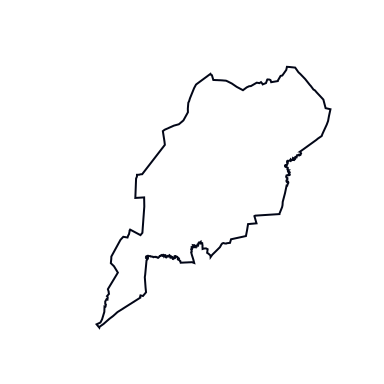 Maļinovas pag., Daugavpils, Latvia, rotated 317°
{"feature_id": "27541924B81356835284887", "entity_name": "Maļinovas pag.", "entity_type": "district", "adm_level": 2, "iso_a3": "LVA", "parent_name": "Latvia", "parent_adm1": "Daugavpils", "projection": "albers", "projection_center": [26.645, 55.995], "detail": "fine", "context": "isolated", "style": "outline", "palette": "ink", "viewbox_px": 384, "rotation_deg": 317, "n_neighbors": 0, "source": "geoboundaries", "source_scale": "gbopen_adm2", "svg_char_len": 5840}
<svg xmlns="http://www.w3.org/2000/svg" viewBox="0 0 384 384"><g transform="rotate(317 192 192)"><path d="M145.2,245.4L146.9,242.3L148.9,238.1L150.3,235.5L150.9,235.6L151.2,235.4L151.5,234.9L152.2,234.0L152.2,233.6L152.6,233.5L153.0,233.0L153.5,233.4L153.8,233.4L154.0,233.2L153.9,232.8L154.1,232.5L154.2,232.3L154.4,232.5L154.3,233.0L154.9,232.6L155.2,232.6L155.4,232.3L155.3,232.1L155.9,232.1L156.8,232.7L157.0,232.6L157.0,232.2L157.4,232.7L157.5,232.7L157.6,233.4L157.1,233.6L156.9,233.4L156.5,233.6L156.4,233.8L156.2,233.5L156.0,233.9L156.1,234.0L156.6,234.0L156.6,234.3L156.8,234.5L157.1,235.1L157.5,234.9L157.8,234.3L158.0,234.6L158.2,234.2L159.2,234.6L159.2,234.9L159.8,235.4L160.0,235.2L160.0,234.8L159.8,234.9L159.7,234.6L160.1,234.3L160.4,234.6L160.7,234.6L160.9,234.7L161.6,233.9L162.0,234.0L162.5,233.8L162.6,234.2L162.8,234.3L163.7,234.2L164.4,234.3L163.4,235.5L164.4,235.8L164.5,236.0L164.6,236.4L163.7,237.4L163.5,238.0L162.3,239.2L160.9,240.9L162.2,241.5L163.8,242.8L164.4,244.5L161.6,246.8L162.0,248.5L162.2,251.1L161.2,252.3L164.1,251.7L168.6,251.6L174.8,251.4L177.8,250.4L179.2,250.3L180.2,250.8L180.9,252.0L181.8,253.0L182.5,253.2L185.1,255.1L188.3,253.2L201.4,261.0L206.2,257.5L211.1,253.7L217.8,258.9L221.2,252.2L222.1,252.4L240.9,267.8L241.2,267.5L247.6,264.5L249.3,263.3L251.6,261.1L259.2,256.3L265.3,252.0L265.4,252.3L265.5,252.4L265.8,252.4L266.9,251.7L268.7,251.0L269.0,250.6L269.3,250.0L268.9,249.7L268.4,249.8L268.2,249.6L268.2,249.3L268.3,248.8L268.8,248.1L269.2,247.9L270.2,247.9L270.4,247.8L271.3,246.9L271.2,246.6L270.9,246.2L271.2,245.1L271.7,244.9L272.3,244.4L272.6,244.6L272.8,244.5L273.3,244.8L273.5,245.2L273.7,245.4L273.9,245.5L274.1,245.1L274.3,245.1L274.8,245.3L274.8,245.9L274.9,246.1L275.3,246.1L275.7,245.3L275.7,245.0L275.6,244.5L275.8,244.0L276.9,244.1L276.9,243.8L276.8,243.6L276.4,243.5L276.1,243.2L276.1,242.8L276.4,242.1L276.7,241.9L277.0,242.0L277.6,242.0L277.2,241.5L277.4,240.9L277.2,240.6L277.3,240.4L277.7,240.4L278.5,239.8L278.6,239.5L278.4,238.9L277.8,238.0L277.5,237.2L277.6,236.6L278.0,236.1L278.7,236.0L278.9,236.3L279.3,237.1L279.6,237.1L279.8,236.7L280.0,236.6L281.3,236.5L281.8,236.1L281.8,235.9L281.6,235.4L282.1,234.7L282.7,234.3L282.9,234.3L282.9,234.5L282.7,234.9L282.7,235.3L284.1,235.2L285.0,235.5L285.3,236.6L285.7,236.5L286.2,235.5L286.5,235.4L286.5,235.6L286.5,236.3L286.6,236.8L287.2,237.0L287.9,237.7L288.0,237.8L288.2,237.2L288.8,236.2L289.1,236.0L289.3,236.5L288.8,238.0L289.3,238.2L290.0,238.2L290.7,237.8L291.2,236.9L291.5,236.8L291.9,237.0L292.0,237.6L292.2,237.9L294.0,236.8L294.4,237.2L294.9,237.4L294.9,237.6L295.5,237.6L295.6,237.9L295.6,238.5L296.5,238.8L296.8,238.8L297.1,238.3L297.8,238.3L298.1,238.2L298.2,237.7L298.2,237.1L298.4,236.8L298.8,236.7L299.0,236.4L298.8,236.2L312.9,238.0L318.5,238.7L320.5,238.8L325.0,239.5L327.2,238.4L336.5,234.6L339.9,232.9L343.8,230.0L349.7,225.9L346.9,221.8L351.1,214.0L351.1,204.2L351.2,201.7L351.1,201.0L350.7,200.0L351.2,195.5L351.2,194.0L351.8,186.7L351.7,179.6L351.5,177.0L352.3,171.4L348.4,166.9L346.8,165.2L344.2,167.0L337.5,168.4L336.0,167.5L331.0,169.0L330.4,169.4L324.8,165.7L325.7,163.8L325.7,163.6L325.3,162.6L323.9,161.1L323.7,161.1L320.4,162.8L317.1,161.5L317.3,160.9L317.4,158.7L315.6,158.4L313.9,156.2L307.3,154.7L305.9,153.6L303.4,152.8L298.7,152.3L296.4,145.6L295.1,139.8L293.4,135.2L292.8,133.8L289.9,130.6L284.0,124.6L286.2,120.2L285.8,119.1L286.1,118.2L268.7,116.2L268.1,116.2L264.3,117.5L254.4,122.1L251.8,123.6L250.2,124.2L245.8,128.2L243.4,130.9L234.5,133.8L228.6,133.5L224.0,131.1L214.4,127.8L212.2,127.6L206.3,136.3L204.3,139.0L167.7,145.0L166.3,143.9L165.1,143.3L163.5,141.9L162.2,143.2L160.3,144.0L146.5,157.7L153.3,163.3L147.2,170.1L127.9,188.0L124.9,188.4L121.1,177.3L120.1,177.6L119.8,178.0L117.1,179.9L115.7,180.3L113.8,181.3L111.2,177.9L107.1,178.2L89.0,184.2L87.3,185.9L84.1,188.7L84.3,193.1L82.8,200.4L64.2,205.7L62.9,208.4L62.4,208.8L61.8,209.9L58.8,210.2L58.8,210.9L58.3,211.8L56.8,213.0L56.4,212.1L53.9,212.9L52.2,214.7L52.3,215.5L50.5,216.9L50.3,216.9L49.9,216.1L46.1,219.9L39.4,223.8L36.0,225.0L32.0,223.7L31.7,228.0L32.5,227.5L37.4,228.2L38.3,228.2L45.0,228.4L49.9,228.9L55.6,229.0L82.1,234.0L82.2,233.5L83.8,232.5L85.2,234.6L90.0,234.0L92.8,230.3L99.4,222.1L101.3,220.6L112.0,211.1L112.3,211.1L112.9,210.8L113.7,210.6L114.3,210.7L114.5,210.5L114.8,210.2L114.1,209.8L113.4,209.5L113.3,209.2L113.5,209.0L114.3,209.4L114.7,209.4L114.8,209.3L114.8,209.0L114.9,208.6L114.8,208.4L114.2,208.3L114.1,208.1L114.4,207.9L114.8,207.9L116.2,208.5L116.5,208.8L116.6,209.3L117.8,210.5L117.8,211.0L118.3,211.4L118.6,212.0L119.1,212.4L119.3,212.8L119.2,213.2L119.3,213.4L120.3,213.9L121.0,214.4L121.1,214.9L121.5,215.4L121.9,215.5L122.0,216.2L122.0,216.6L122.4,217.1L123.4,217.1L124.7,216.8L125.2,217.3L125.6,217.1L126.3,217.2L127.1,217.5L127.1,217.9L126.7,218.3L126.8,218.6L127.4,218.7L127.8,218.4L128.1,218.5L127.9,219.0L127.8,219.3L128.3,219.0L128.9,219.5L128.5,220.3L129.4,220.4L129.3,220.8L129.1,220.9L129.2,221.6L128.4,222.0L128.5,222.3L128.8,222.4L129.7,222.3L129.9,222.0L130.5,222.1L130.8,223.1L131.0,223.4L131.7,222.8L132.4,222.8L132.4,223.3L132.4,223.7L132.5,224.0L132.6,224.4L132.9,224.9L132.9,225.5L132.6,225.7L132.4,225.4L132.2,225.2L131.9,225.2L131.6,225.5L132.0,225.8L132.4,226.3L133.4,226.3L133.5,226.4L133.5,226.6L133.4,226.8L133.0,226.8L132.8,226.9L132.3,227.9L132.4,228.1L132.7,228.1L133.1,227.6L133.4,227.4L133.7,227.9L134.1,228.6L134.6,228.7L134.9,228.5L135.0,227.9L135.4,227.7L135.7,227.2L136.3,227.6L136.4,228.3L136.1,228.4L136.0,228.5L136.7,228.8L137.0,229.4L136.8,229.8L136.8,230.0L137.1,231.5L137.0,231.9L136.6,232.0L136.4,231.9L136.4,231.7L136.5,231.5L136.4,231.3L136.0,231.2L135.8,231.4L135.7,231.6L135.7,231.8L135.8,232.2L136.1,232.4L136.3,233.8L136.1,234.3L136.3,234.6L135.5,236.0L144.1,243.3L145.2,245.4Z" fill="none" stroke="#020617" stroke-width="2"/></g></svg>